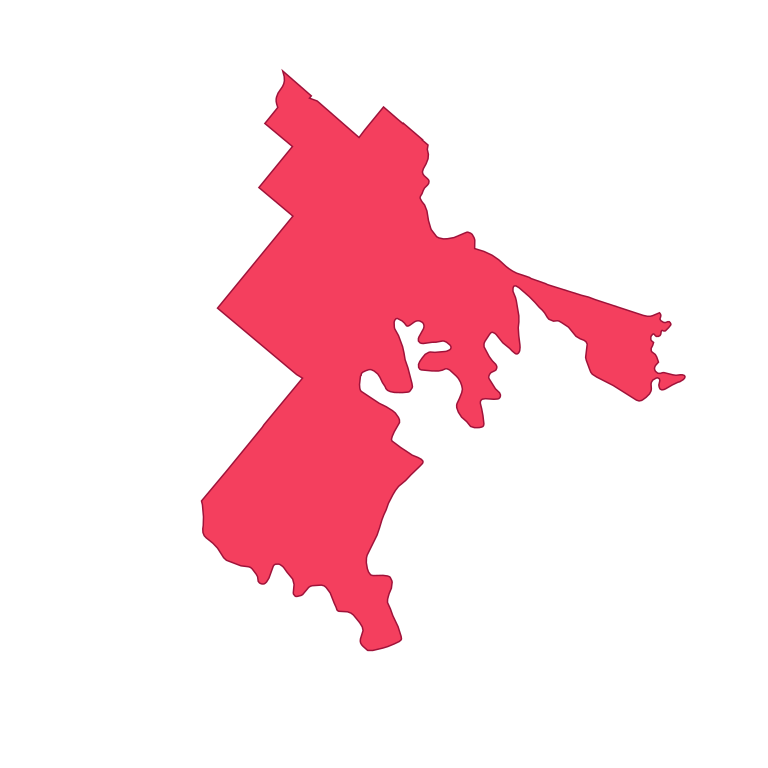 Yarra, Victoria, Australia, rotated 32°
{"feature_id": "25037944B16645516556899", "entity_name": "Yarra", "entity_type": "district", "adm_level": 2, "iso_a3": "AUS", "parent_name": "Australia", "parent_adm1": "Victoria", "projection": "equal_earth", "projection_center": [145.012, -37.805], "detail": "fine", "context": "isolated", "style": "filled", "palette": "rose", "viewbox_px": 768, "rotation_deg": 32, "n_neighbors": 0, "source": "geoboundaries", "source_scale": "gbopen_adm2", "svg_char_len": 6170}
<svg xmlns="http://www.w3.org/2000/svg" viewBox="0 0 768 768"><g transform="rotate(32 384 384)"><path d="M579.9,177.6L575.5,183.8L574.0,185.4L571.5,187.0L567.6,188.4L518.5,200.5L511.4,201.9L504.5,204.1L469.9,213.1L468.2,213.2L452.9,216.6L450.8,216.6L437.8,219.7L433.2,220.1L428.7,220.0L425.0,219.6L415.8,217.9L407.5,217.5L398.5,218.6L389.1,221.1L384.9,214.1L384.2,213.3L382.7,212.1L379.5,210.4L377.5,210.2L374.6,210.8L373.8,211.4L372.4,213.3L365.8,222.7L360.8,227.2L357.6,229.4L353.2,231.0L350.6,231.2L342.4,228.1L341.0,227.1L335.1,221.8L328.7,214.5L323.6,210.7L319.2,209.1L316.3,207.4L315.7,206.6L315.4,205.2L315.4,202.5L314.7,199.0L314.5,196.3L315.5,192.1L315.6,190.3L314.9,188.5L314.0,187.5L312.3,186.9L307.7,186.1L305.8,185.3L304.2,183.8L303.3,180.6L303.0,174.9L302.0,169.7L300.0,165.8L296.4,162.1L294.7,158.0L287.2,156.9L287.3,156.4L262.1,152.6L262.1,153.2L254.5,152.1L236.8,149.3L233.0,179.1L232.2,188.2L177.4,179.4L169.3,181.1L169.7,178.2L132.2,172.2L136.5,176.2L138.9,179.7L139.9,182.5L140.3,185.5L140.0,193.4L140.8,197.6L141.5,199.4L142.8,201.5L144.6,203.4L147.4,205.8L144.9,226.2L180.5,231.1L173.8,283.7L217.8,289.9L202.6,407.9L304.9,422.3L311.8,422.2L303.8,482.1L303.7,485.4L296.7,540.3L291.2,579.9L294.0,582.6L301.3,592.3L305.7,599.8L307.1,602.9L309.2,605.9L311.9,607.9L314.8,608.7L323.3,609.7L329.8,611.4L340.1,616.3L343.8,617.0L359.0,614.0L365.9,610.8L367.9,610.3L370.1,610.6L376.4,613.0L378.9,614.4L381.9,618.0L383.9,618.7L385.8,618.5L387.1,617.9L388.2,617.1L388.8,616.0L389.3,614.2L389.3,609.6L386.6,597.0L386.8,595.4L387.5,594.3L390.0,592.6L391.3,592.2L394.8,592.4L396.5,592.9L401.5,595.0L409.9,597.8L414.0,601.7L417.8,609.3L418.7,610.2L421.1,611.0L422.0,610.8L423.1,610.0L425.7,607.3L426.6,605.7L427.9,596.3L428.8,594.5L430.0,593.1L437.5,587.7L440.2,586.9L442.7,587.2L449.1,589.7L458.0,596.3L461.9,598.9L463.8,600.5L464.8,600.8L466.1,600.7L473.8,596.5L477.4,595.8L480.5,596.1L489.9,599.3L494.3,601.5L496.9,604.2L499.1,612.6L500.1,614.6L501.4,616.0L503.2,617.0L505.3,617.6L511.3,618.6L515.6,616.0L523.0,608.5L526.4,604.6L530.4,599.0L533.4,594.3L534.1,591.9L533.9,590.9L532.2,588.9L524.6,582.4L514.1,575.7L508.7,571.4L502.7,567.4L501.1,564.6L500.3,562.1L499.4,558.9L498.5,553.3L495.9,547.7L494.8,546.6L491.9,544.8L490.9,544.5L488.8,544.9L484.6,546.8L476.5,552.1L475.1,552.7L473.7,552.9L470.6,551.7L467.7,549.4L463.7,544.9L461.3,540.8L460.4,538.1L458.2,515.9L456.5,508.6L454.2,500.2L453.2,495.1L452.5,489.5L451.0,482.9L450.2,473.4L450.1,468.2L450.6,463.1L453.5,454.2L454.9,447.0L458.0,434.6L458.7,431.2L458.7,430.3L458.3,429.3L457.7,428.7L455.6,428.1L451.8,428.3L445.6,429.4L431.7,429.0L421.0,428.1L419.6,426.9L418.7,423.9L418.0,418.9L417.6,408.5L416.1,406.2L414.0,404.7L409.0,402.6L405.4,402.1L398.0,402.1L390.3,402.9L368.5,402.3L367.0,401.6L365.7,400.4L363.5,397.4L359.9,389.9L360.0,388.5L359.4,387.6L359.4,386.4L359.8,385.1L361.5,382.4L363.5,379.9L364.6,379.1L365.6,378.6L368.8,378.2L373.4,378.8L376.9,380.4L381.9,383.6L386.3,385.6L388.1,386.9L390.3,387.5L391.3,387.4L393.4,387.1L397.4,385.6L404.1,381.6L408.3,378.4L409.3,377.5L409.8,376.0L409.9,372.5L409.6,371.3L407.4,368.7L395.7,357.6L389.0,352.2L384.6,347.2L380.0,342.5L370.7,335.3L363.8,331.5L362.7,330.4L360.0,326.5L359.6,325.4L359.3,324.2L359.6,322.2L360.7,321.3L366.0,320.9L369.0,321.5L372.2,322.7L372.9,322.6L373.6,322.2L374.6,320.8L377.0,315.0L378.1,313.4L379.4,312.3L380.9,311.6L383.9,311.4L385.4,311.9L386.8,313.1L387.7,314.5L388.2,316.3L388.7,325.6L389.1,327.3L390.4,329.3L392.8,330.0L394.1,329.7L395.8,328.9L402.7,323.1L405.9,321.0L411.0,316.4L412.2,315.8L414.9,315.4L419.4,316.0L420.8,316.7L421.6,317.7L421.9,319.0L421.6,320.2L419.9,322.8L418.9,323.8L410.4,330.2L406.2,332.4L405.2,333.4L403.2,337.0L402.6,341.5L402.4,346.0L402.9,349.1L404.6,351.6L406.6,352.5L408.1,352.3L417.9,347.4L423.3,344.1L426.1,341.4L428.1,338.5L429.4,337.7L432.2,337.3L441.3,339.0L444.2,339.9L447.9,341.9L450.9,344.3L453.2,346.8L454.5,350.1L455.6,356.1L456.3,361.9L456.8,363.4L458.2,365.5L462.0,368.5L467.4,371.0L474.1,372.1L479.9,374.1L483.8,373.1L485.8,371.9L488.0,370.4L489.6,368.8L490.3,367.8L490.5,366.9L490.3,365.9L489.8,364.8L484.6,358.3L480.1,353.4L476.0,349.4L475.2,348.1L474.9,347.0L475.0,345.9L475.4,344.8L477.8,342.7L485.3,338.7L488.3,336.5L489.1,335.6L489.4,334.4L489.4,333.5L489.1,332.5L488.5,331.5L486.6,330.2L481.0,329.0L470.1,323.7L469.2,322.8L468.6,321.2L468.4,318.9L468.8,317.4L471.0,313.9L471.5,312.7L471.1,310.5L470.3,309.3L468.4,308.1L463.7,307.0L458.7,305.0L449.2,299.5L447.8,297.4L447.3,296.3L447.0,294.4L447.2,286.0L447.4,284.2L448.0,283.1L448.7,282.6L451.2,282.3L453.0,282.6L462.9,286.1L471.7,287.2L475.2,288.1L478.8,288.6L480.1,288.5L481.0,287.9L481.5,287.0L481.7,285.8L481.5,284.0L480.0,280.9L478.6,278.9L472.6,271.5L468.0,265.1L465.5,259.9L462.2,254.7L452.0,243.2L449.7,241.0L444.2,237.0L442.6,234.3L442.3,233.0L442.4,232.0L443.8,230.9L447.4,230.8L460.8,232.9L468.4,234.7L475.1,236.7L479.2,237.5L482.6,238.6L487.1,240.9L489.5,241.7L494.4,240.9L497.5,238.5L499.0,237.9L502.2,237.8L510.3,238.0L521.5,241.8L526.5,241.7L530.6,240.9L533.1,241.2L535.2,242.5L540.9,254.6L543.0,256.7L550.6,262.6L553.1,264.4L555.4,265.3L560.8,265.4L579.1,263.8L606.6,263.9L609.3,263.2L611.2,261.4L611.9,260.0L613.3,256.5L614.4,251.7L614.2,248.8L613.8,247.5L613.2,246.3L610.4,242.4L609.8,240.6L609.9,238.1L611.6,234.9L612.6,233.8L614.7,233.6L616.1,234.9L617.6,239.2L618.9,240.7L620.4,241.8L621.2,242.0L622.8,241.7L624.3,240.4L625.3,239.0L629.0,232.0L632.3,226.8L633.7,225.3L635.5,221.6L635.8,219.8L635.6,218.8L635.3,218.2L634.3,217.6L632.4,218.0L630.6,219.0L627.0,221.9L624.2,223.1L615.3,226.0L614.1,226.9L612.8,228.5L610.5,229.8L607.6,229.4L606.3,228.7L605.0,227.3L604.5,225.5L604.5,224.1L605.2,220.0L601.0,216.6L598.4,215.2L594.2,214.8L593.1,214.3L591.7,212.2L591.4,208.9L590.6,205.9L588.1,205.6L586.8,205.0L585.3,202.6L585.2,201.1L585.7,198.9L586.6,198.6L588.8,199.3L589.8,199.3L591.5,198.2L592.4,196.6L592.3,195.0L591.2,192.5L591.2,191.5L591.6,191.1L593.4,190.7L594.5,189.8L595.5,185.5L595.9,182.1L595.6,181.2L594.4,180.4L592.9,180.0L591.6,180.8L590.3,182.6L588.6,183.6L585.2,183.6L583.6,182.7L582.9,180.1L582.3,178.9L581.2,178.1L579.9,177.6Z" fill="#f43f5e" stroke="#9f1239" stroke-width="1.5"/></g></svg>